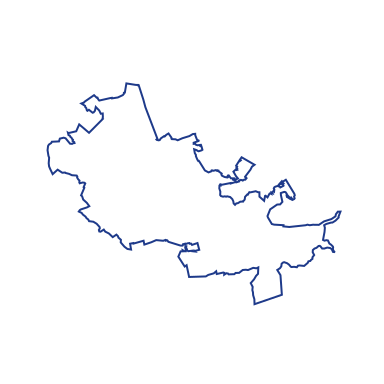 Ciucurova, Tulcea, Romania, rotated 318°
{"feature_id": "2599482B74184137454330", "entity_name": "Ciucurova", "entity_type": "district", "adm_level": 2, "iso_a3": "ROU", "parent_name": "Romania", "parent_adm1": "Tulcea", "projection": "natural_earth1", "projection_center": [28.471, 44.915], "detail": "fine", "context": "isolated", "style": "outline", "palette": "blue", "viewbox_px": 384, "rotation_deg": 318, "n_neighbors": 0, "source": "geoboundaries", "source_scale": "gbopen_adm2", "svg_char_len": 6071}
<svg xmlns="http://www.w3.org/2000/svg" viewBox="0 0 384 384"><g transform="rotate(318 192 192)"><path d="M108.5,90.9L110.7,92.6L110.8,93.3L112.8,96.3L114.0,99.2L117.3,102.6L117.1,103.8L116.3,104.4L115.9,106.5L116.0,108.3L114.7,109.4L114.4,110.4L117.1,111.8L118.3,113.2L118.4,114.2L114.7,115.9L114.8,116.8L107.3,120.3L107.5,121.6L106.1,124.8L106.6,129.7L106.2,133.8L103.7,133.2L97.8,130.6L96.5,130.4L94.8,130.8L96.0,133.7L95.8,135.7L96.4,139.1L96.1,140.9L96.5,143.0L96.0,144.8L98.8,148.1L99.9,151.8L99.9,156.2L99.2,157.3L97.4,157.9L96.7,159.3L97.5,160.3L101.3,160.9L101.0,163.4L102.5,167.2L102.9,172.5L107.3,173.1L107.4,175.3L106.8,176.7L107.2,179.9L105.3,181.8L105.2,187.5L105.9,191.1L108.2,194.0L111.4,189.0L114.3,190.7L114.0,191.2L123.4,195.8L121.4,199.2L128.1,202.1L133.2,203.8L138.0,209.0L139.4,209.5L139.8,210.5L140.4,210.1L141.3,211.4L141.1,213.2L147.6,224.1L149.1,225.5L150.6,224.8L150.9,225.1L150.5,225.4L151.3,225.9L151.9,225.6L152.6,226.0L152.6,226.5L154.4,227.2L155.9,228.2L155.7,228.9L156.8,229.8L156.6,231.3L161.9,233.6L158.7,239.8L155.0,237.9L154.4,237.0L154.1,237.3L154.2,238.0L152.5,236.1L152.8,235.7L149.6,233.5L149.4,232.2L150.1,230.6L149.9,230.0L151.5,228.5L150.9,227.9L149.9,228.6L148.5,231.1L147.7,231.9L146.8,231.1L146.1,228.9L145.4,229.9L143.8,228.5L138.6,230.9L136.7,242.5L139.0,242.8L133.0,253.2L145.8,264.0L148.6,264.5L153.7,267.0L156.9,267.1L155.5,269.5L161.4,272.8L161.9,273.7L160.6,275.0L163.2,275.4L164.2,276.7L164.1,277.7L168.5,281.4L170.2,281.3L172.9,283.6L177.5,283.9L180.0,285.8L181.4,287.5L186.7,289.3L188.8,291.8L190.8,292.4L186.3,297.0L183.5,297.2L179.7,298.4L174.7,299.0L173.6,303.1L171.2,305.3L170.2,307.3L168.4,309.6L166.6,313.4L163.4,317.2L190.0,328.5L202.1,313.0L203.2,307.0L206.3,307.5L208.6,307.0L210.6,305.3L212.3,305.3L213.5,305.8L215.0,308.5L215.5,310.8L215.4,313.5L215.7,314.3L217.8,315.9L219.6,318.1L221.5,317.7L222.8,318.6L225.9,322.0L230.7,322.1L232.1,321.4L233.8,322.4L235.0,322.1L236.7,322.3L237.9,321.1L240.6,320.6L241.4,317.5L243.0,316.0L245.2,316.0L247.2,316.8L249.9,316.8L250.9,317.5L251.1,318.3L250.9,321.1L252.4,322.5L255.3,323.8L257.2,326.1L257.6,327.9L256.7,330.9L257.5,331.8L257.8,331.7L257.9,330.0L258.6,328.6L259.8,327.6L260.2,326.8L260.1,324.3L259.6,322.2L260.6,319.0L259.6,317.7L257.9,316.8L257.3,315.3L263.7,310.4L266.8,307.5L268.0,305.1L270.4,305.6L274.9,307.8L276.0,308.7L279.5,309.3L283.9,309.1L284.5,308.3L289.2,305.9L287.2,304.2L284.1,304.8L282.3,306.1L277.5,305.4L270.5,302.2L264.3,301.3L259.9,297.2L257.3,295.5L255.9,293.5L254.3,292.8L240.9,283.1L236.9,278.7L237.8,277.9L231.2,271.2L229.9,269.2L231.4,261.7L232.0,260.4L238.5,257.2L246.9,258.3L249.2,260.2L252.6,259.8L256.0,253.8L257.3,252.2L260.6,253.6L261.4,254.7L261.2,256.7L259.9,257.9L259.3,259.2L259.8,259.6L259.6,260.1L260.0,261.6L260.8,260.3L260.8,262.3L261.3,261.1L260.9,263.6L261.2,265.0L261.5,265.1L262.1,261.5L261.7,265.1L263.2,265.6L264.0,265.4L264.8,263.7L266.2,263.2L266.9,261.7L269.9,245.7L265.9,245.0L266.0,244.1L261.5,244.6L261.5,245.0L264.0,245.4L264.0,245.7L265.1,245.6L265.6,246.2L265.7,246.7L265.1,246.6L264.5,247.1L264.5,248.3L264.1,248.6L260.7,247.7L260.8,247.0L260.1,245.6L260.5,245.2L257.5,243.8L256.4,243.6L255.2,244.0L254.9,245.2L253.5,246.4L253.5,245.6L252.3,246.0L251.4,245.8L251.1,246.6L250.7,245.5L250.1,246.3L250.2,245.7L249.9,245.7L249.6,246.4L249.1,245.2L248.5,245.1L244.5,246.5L244.2,244.0L243.7,243.8L239.7,246.8L239.0,240.6L241.9,237.3L240.9,236.3L239.9,234.1L235.1,231.3L234.5,230.5L231.7,231.3L231.5,230.8L228.2,231.1L226.2,232.8L225.1,233.1L224.1,232.9L223.6,233.3L221.4,231.5L218.6,231.0L217.3,230.1L215.4,230.3L215.3,228.4L216.5,226.5L217.2,224.2L217.0,221.3L215.2,218.7L214.2,218.3L213.5,217.2L211.9,216.2L210.8,214.4L210.9,213.1L213.3,210.7L214.7,207.6L216.5,205.8L217.1,205.8L217.6,206.4L218.1,205.9L218.6,206.2L217.8,205.3L218.2,205.2L219.2,206.7L226.8,211.2L226.5,211.6L229.9,213.2L231.5,213.5L231.3,214.4L233.9,215.6L234.3,214.9L235.9,215.3L236.0,215.8L237.1,216.4L237.4,217.5L239.0,217.7L239.9,218.5L241.8,218.2L241.8,217.6L241.3,217.4L241.6,216.2L250.4,214.5L253.5,213.3L256.7,213.6L252.1,199.4L249.5,200.0L249.5,201.1L248.1,201.0L248.0,200.4L242.4,202.0L242.5,203.2L242.1,203.2L242.0,204.3L241.8,203.6L241.3,203.7L241.3,204.8L240.8,204.9L240.0,203.8L240.3,205.7L239.8,205.5L239.5,204.6L236.4,204.6L235.3,209.7L235.2,212.6L232.0,211.9L231.3,211.3L230.3,209.5L232.3,211.6L232.7,210.3L230.1,207.9L230.4,204.2L229.8,203.8L228.5,204.2L228.3,205.0L228.0,204.9L226.3,202.7L225.2,200.0L225.5,198.7L226.4,198.2L225.5,193.9L225.9,193.7L225.3,192.7L224.7,192.9L224.1,191.5L222.3,190.7L221.3,189.2L220.9,189.1L220.3,189.6L217.4,188.5L216.0,184.6L217.9,173.9L217.9,173.3L217.4,173.1L217.6,171.7L218.9,167.9L219.7,167.1L220.1,165.0L222.2,161.7L223.5,164.1L223.6,165.0L224.2,166.2L227.1,167.5L228.0,167.6L229.5,164.6L229.0,163.7L230.1,163.3L230.2,162.9L227.4,161.0L226.6,159.6L226.4,158.5L226.8,158.0L225.5,157.3L226.2,156.5L230.6,158.3L230.7,157.5L231.1,157.6L230.7,156.6L231.1,155.4L232.4,152.0L233.3,150.9L231.4,149.5L227.5,148.7L220.8,145.6L216.0,144.0L215.0,141.8L212.4,139.2L212.4,138.6L213.1,137.9L213.7,132.8L211.2,132.3L209.0,132.5L208.6,132.3L208.6,131.8L204.8,131.3L202.7,131.8L201.7,131.2L200.7,129.7L200.7,129.2L201.9,129.3L214.1,97.8L217.7,90.7L223.0,78.9L223.8,77.1L223.4,76.9L223.6,76.4L221.8,74.7L215.9,67.4L208.6,73.2L207.8,72.7L207.0,73.5L205.4,73.7L200.1,72.1L195.2,68.9L195.5,68.4L194.1,67.5L184.3,62.0L184.3,60.5L184.9,58.6L184.3,58.3L184.0,54.5L172.5,53.0L171.8,53.3L169.0,52.2L170.2,56.5L169.5,57.5L169.6,58.8L168.5,61.0L168.6,61.7L170.4,61.9L171.2,66.6L172.1,67.0L174.2,66.7L177.4,64.4L177.6,69.4L176.6,72.8L178.2,73.9L175.8,76.8L174.7,77.5L174.7,78.0L155.1,79.1L153.4,66.3L146.6,69.4L139.7,65.6L139.5,64.9L138.3,67.1L138.9,68.4L138.5,69.8L138.8,70.9L138.4,72.3L138.5,73.5L137.4,74.1L137.9,76.1L137.4,77.0L136.5,76.3L135.1,76.0L133.7,74.5L134.0,67.5L133.0,65.8L129.5,63.9L127.0,65.4L121.5,60.9L120.1,61.4L117.4,61.0L115.8,61.5L112.6,64.3L109.5,69.1L108.8,70.9L104.7,74.8L102.9,77.4L102.0,80.0L100.4,85.5L107.1,85.5L108.5,90.9Z" fill="none" stroke="#1e3a8a" stroke-width="2"/></g></svg>